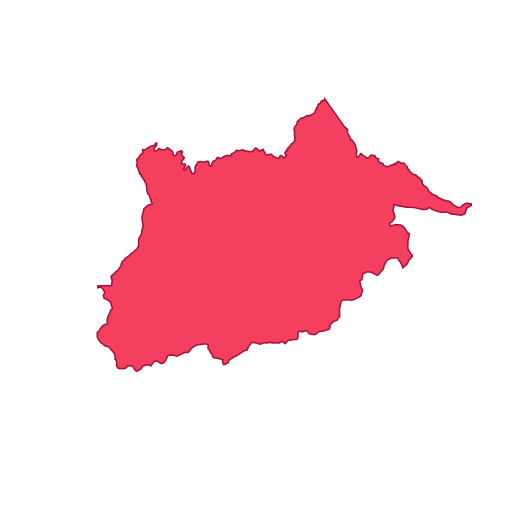 Mufulira, Copperbelt, Zambia (Mercator projection), rotated 123°
{"feature_id": "96606910B37180348733704", "entity_name": "Mufulira", "entity_type": "district", "adm_level": 2, "iso_a3": "ZMB", "parent_name": "Zambia", "parent_adm1": "Copperbelt", "projection": "mercator", "projection_center": [28.196, -12.561], "detail": "fine", "context": "isolated", "style": "filled", "palette": "rose", "viewbox_px": 512, "rotation_deg": 123, "n_neighbors": 0, "source": "geoboundaries", "source_scale": "gbopen_adm2", "svg_char_len": 6120}
<svg xmlns="http://www.w3.org/2000/svg" viewBox="0 0 512 512"><g transform="rotate(123 256 256)"><path d="M107.7,206.0L108.5,209.0L107.2,210.7L108.0,211.2L107.5,211.9L108.3,214.0L109.0,214.7L110.2,215.0L111.3,214.6L113.8,216.5L113.2,218.1L113.3,221.4L112.8,223.7L113.3,224.1L115.9,223.9L118.2,225.0L118.3,225.7L114.4,228.2L113.3,228.4L109.0,233.0L107.5,235.7L106.5,238.6L106.4,240.6L105.0,242.2L103.3,245.9L100.6,248.0L100.0,248.0L99.3,252.6L86.8,283.9L87.7,283.4L88.6,283.5L89.0,284.7L89.8,284.7L90.5,285.6L93.0,285.3L94.8,286.4L95.5,286.3L95.9,285.8L97.8,285.6L98.7,286.1L99.7,284.9L100.5,285.5L104.0,285.0L105.2,285.2L107.3,286.5L108.7,286.8L109.4,287.4L109.1,288.0L109.8,288.4L110.2,289.3L110.7,289.3L110.8,290.0L114.4,291.5L114.7,292.4L115.3,292.4L116.1,293.5L116.7,293.2L118.0,293.9L121.2,294.6L121.6,294.0L124.3,293.4L125.7,293.8L128.1,293.6L130.2,292.2L130.6,291.3L134.2,289.3L134.3,288.6L137.5,286.9L137.9,286.1L141.4,286.6L143.1,287.5L144.3,287.2L145.7,287.6L146.1,287.1L148.1,288.1L148.8,287.8L150.4,288.1L150.8,287.7L150.9,288.1L151.4,288.0L151.8,287.5L153.3,288.3L154.1,287.6L155.4,285.2L157.8,285.6L158.5,286.4L157.9,288.5L158.3,290.0L159.0,290.5L160.6,289.9L162.0,290.3L163.0,295.5L162.3,298.4L163.1,299.8L165.2,301.5L165.5,304.0L164.1,305.0L163.9,307.0L162.7,307.5L162.6,308.1L166.3,310.6L165.5,312.9L165.5,315.1L167.7,315.7L170.0,315.7L171.9,317.7L172.9,321.0L174.4,322.1L173.7,322.9L174.4,325.3L176.8,327.3L177.8,329.8L181.3,330.6L183.7,332.2L185.8,331.7L187.2,334.8L188.5,336.1L190.9,337.6L193.3,338.2L193.8,339.4L193.7,341.0L194.8,342.2L198.1,342.0L199.8,343.6L202.5,343.4L204.3,342.3L204.8,342.6L205.6,344.4L203.3,346.3L202.6,348.2L204.5,349.5L206.2,351.9L207.2,354.3L208.5,355.7L209.4,356.0L211.2,355.5L211.9,355.9L214.3,355.6L218.7,353.0L221.0,353.2L221.5,353.7L221.3,355.2L217.5,360.5L217.3,361.7L222.3,362.3L223.1,363.2L222.8,364.0L218.1,364.3L217.5,365.8L218.5,366.8L218.8,369.1L217.0,369.9L212.6,369.5L212.0,372.4L211.0,374.1L210.1,374.6L209.4,374.1L208.8,374.1L208.7,375.4L208.3,375.9L211.8,378.6L214.7,377.9L216.4,378.9L216.5,380.5L214.7,381.7L213.6,383.8L213.3,389.1L213.5,389.5L215.3,389.6L216.7,390.4L218.1,392.6L218.8,396.1L220.6,396.0L222.5,397.4L223.2,398.6L222.4,399.6L220.8,400.0L217.3,399.7L215.7,400.3L215.4,401.2L216.5,401.7L218.0,401.1L221.4,404.2L228.0,407.3L228.5,409.1L231.0,406.9L232.8,407.8L235.6,408.1L236.2,407.8L237.8,408.2L238.6,408.0L239.9,408.6L240.6,407.8L241.3,407.8L241.7,406.9L245.6,405.2L246.0,404.8L245.9,403.8L249.4,399.7L249.5,398.7L250.1,398.7L250.7,398.1L250.3,396.4L250.5,395.9L251.4,395.9L252.8,392.0L254.9,388.7L255.3,387.3L255.7,386.7L256.4,386.8L258.0,384.8L259.8,384.0L261.8,381.9L263.1,379.8L263.0,378.5L265.3,376.3L266.6,374.1L267.5,373.8L268.2,371.7L269.5,371.6L270.2,372.7L272.8,374.5L277.5,375.7L285.1,373.0L289.1,370.1L291.8,367.2L296.5,365.7L299.9,364.0L305.5,363.7L308.9,361.8L310.8,360.1L315.6,359.7L318.1,360.8L320.2,360.9L321.8,362.1L324.6,362.5L329.6,364.5L331.1,364.2L332.9,365.1L336.1,364.7L337.3,364.0L343.0,364.0L346.3,365.2L348.6,365.2L350.1,366.2L351.7,366.3L352.9,365.8L353.0,365.0L354.5,364.0L354.9,363.2L359.6,361.1L367.2,372.5L368.8,371.3L366.8,369.4L366.8,367.7L367.5,365.5L369.0,363.0L372.3,362.5L374.3,360.2L373.7,357.9L373.8,353.3L378.1,347.9L379.9,348.3L388.3,347.0L391.2,345.8L393.6,343.7L396.3,345.9L398.2,346.6L401.0,347.0L404.1,346.8L406.6,347.5L410.4,345.0L411.5,343.5L413.0,339.3L413.6,333.4L412.4,330.0L414.9,321.6L417.5,319.1L419.5,318.0L419.4,316.8L421.1,314.9L424.1,313.2L425.2,310.5L424.6,308.7L422.3,305.4L421.2,304.3L417.9,303.6L415.5,300.0L417.8,294.6L417.6,293.2L413.8,291.1L409.6,290.8L405.8,287.2L405.7,284.7L405.3,284.2L400.7,284.1L399.4,283.5L397.7,281.1L398.1,277.8L397.8,276.7L396.6,275.7L395.6,275.1L393.1,275.0L387.3,275.6L386.8,275.2L383.9,270.6L383.2,267.8L376.0,263.4L374.9,262.3L374.1,260.4L368.1,259.7L364.3,258.1L362.9,257.2L357.3,250.7L356.6,248.8L356.8,247.5L359.6,246.0L360.3,243.7L362.1,241.3L362.1,239.5L362.9,239.0L364.5,236.5L362.1,230.9L361.5,227.9L360.9,227.5L363.9,225.7L364.7,223.8L363.3,222.6L360.5,221.3L358.0,221.9L352.7,219.5L350.4,218.0L342.1,214.4L339.5,212.1L336.6,212.9L330.8,212.5L328.4,207.6L328.1,204.9L324.6,202.1L322.8,199.2L320.9,197.4L320.1,194.8L318.6,193.0L316.4,189.2L313.5,188.0L313.6,183.8L309.4,183.1L308.8,182.7L307.4,180.6L305.6,179.4L304.8,177.6L303.7,176.3L301.9,176.2L297.5,178.9L295.5,178.8L294.9,177.8L294.5,175.7L292.0,174.1L291.0,171.6L292.3,169.5L290.5,164.7L289.4,163.5L284.9,161.8L283.2,159.6L277.5,154.7L276.3,154.8L274.0,155.9L272.2,156.2L268.4,155.1L265.7,153.0L263.3,153.2L261.2,152.8L255.1,157.1L247.6,159.8L245.4,158.9L242.2,154.3L241.2,152.0L239.5,150.3L234.6,147.3L232.0,146.3L226.5,148.1L225.1,150.7L220.6,155.3L219.8,155.3L218.2,154.3L212.9,156.7L208.7,154.2L206.8,150.3L206.3,143.9L205.9,143.6L203.6,142.9L198.2,142.2L195.9,142.6L194.7,143.3L188.2,143.8L184.3,141.6L180.4,136.2L181.6,134.5L182.5,131.3L185.9,126.4L180.4,124.9L178.3,125.1L177.3,125.6L171.4,124.7L170.4,125.1L169.0,129.4L166.9,132.9L160.5,136.8L153.8,139.4L153.6,139.8L154.0,141.3L151.2,147.5L151.1,151.5L153.6,156.0L157.6,159.6L156.9,160.8L155.9,161.8L153.2,160.7L149.0,160.2L147.2,161.2L143.0,166.1L139.4,167.2L137.6,168.5L136.1,162.8L134.4,159.8L134.0,157.9L129.2,149.7L125.9,140.7L123.8,138.2L120.9,137.1L120.8,132.6L118.9,125.9L118.2,124.1L115.0,119.4L114.6,115.5L109.9,105.9L107.4,104.0L106.1,104.0L100.8,105.3L96.2,102.9L95.0,104.0L97.2,108.4L99.3,109.7L101.5,110.6L103.4,110.7L104.2,111.3L105.5,114.3L105.7,117.6L104.7,123.7L106.3,126.7L106.3,128.0L107.1,129.7L107.1,132.0L107.9,134.9L107.2,137.5L107.8,139.4L108.1,142.9L107.6,144.2L107.9,145.5L105.4,150.3L105.7,152.4L104.8,155.7L104.2,156.7L103.0,157.2L102.9,157.8L102.1,157.9L102.3,159.0L101.4,160.5L102.0,162.7L101.4,162.9L101.6,163.7L101.0,165.1L101.0,166.2L102.0,168.7L101.5,172.4L100.4,174.9L100.0,176.9L98.8,177.8L98.4,180.6L97.4,182.1L98.0,183.0L98.7,183.0L98.5,184.2L99.3,184.7L99.0,185.9L99.3,188.5L101.7,188.8L102.9,190.2L103.4,189.2L106.0,192.0L109.3,193.9L109.7,195.5L110.4,196.1L110.5,198.1L109.4,200.0L110.4,203.2L109.0,205.8L107.7,206.0Z" fill="#f43f5e" stroke="#9f1239" stroke-width="1.5"/></g></svg>